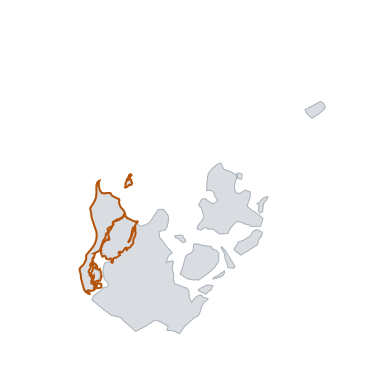 Nordjylland on a map of Denmark (Natural Earth projection), rotated 304°
{"feature_id": "DNK-3418", "entity_name": "Nordjylland", "entity_type": "Region", "adm_level": 1, "iso_a3": "DNK", "parent_name": "Denmark", "parent_adm1": "", "projection": "natural_earth1", "projection_center": [9.42, 57.153], "detail": "fine", "context": "in_parent", "style": "outline", "palette": "amber", "viewbox_px": 384, "rotation_deg": 304, "n_neighbors": 0, "source": "natural_earth", "source_scale": "10m", "svg_char_len": 8929}
<svg xmlns="http://www.w3.org/2000/svg" viewBox="0 0 384 384"><g transform="rotate(304 192 192)"><path d="M112.4,265.1L111.8,265.1L109.1,264.6L107.2,263.5L102.2,264.3L95.6,266.2L92.0,266.1L89.0,264.1L77.1,261.3L75.2,261.0L67.4,260.9L67.0,256.4L66.0,253.2L63.3,248.4L67.4,247.3L66.6,237.9L65.2,233.1L53.8,228.1L44.9,223.3L47.1,207.1L48.0,202.7L44.7,194.3L45.1,184.6L46.6,169.3L49.5,168.7L51.5,168.7L59.5,171.5L62.8,171.7L65.1,174.2L67.7,175.2L69.7,172.6L70.5,168.2L76.8,162.4L81.2,160.3L84.2,159.3L87.3,161.6L89.6,164.2L90.2,158.5L92.1,147.6L86.1,145.9L81.2,147.4L76.3,154.3L72.0,162.9L64.9,163.7L59.3,166.2L54.3,163.6L51.0,161.4L51.0,158.1L51.7,156.1L57.7,149.1L65.7,142.3L73.7,142.4L79.5,140.2L83.0,139.9L93.9,140.4L99.5,138.9L104.5,135.8L115.2,122.7L121.3,117.3L133.6,115.4L144.9,109.1L148.0,109.0L142.7,113.7L141.9,115.5L141.3,118.3L145.1,124.3L144.3,128.0L144.6,135.3L141.0,139.0L137.0,147.1L135.3,148.3L134.9,157.7L135.3,159.9L134.8,168.5L139.0,172.0L143.5,173.9L158.3,173.8L159.8,175.4L161.6,178.0L160.4,182.5L158.8,185.9L154.5,188.8L149.0,190.9L145.6,191.0L140.9,187.0L138.7,188.3L136.4,190.4L132.6,201.5L130.8,209.0L129.8,209.7L127.7,208.5L123.9,208.5L119.1,210.2L121.6,211.8L124.2,214.6L123.1,216.0L119.0,217.5L115.3,220.6L113.7,222.9L109.0,225.6L106.1,229.1L107.5,233.4L108.1,237.1L109.4,241.3L108.3,244.6L102.5,249.4L100.3,253.5L105.3,253.5L108.4,254.4L110.2,255.7L112.0,257.4L110.9,259.6L112.4,265.1ZM230.7,213.3L230.9,218.7L229.8,220.3L228.2,221.3L224.1,222.4L220.5,224.0L217.3,226.7L216.1,230.5L218.7,233.3L223.3,234.9L224.6,240.2L220.8,242.9L211.1,245.5L210.2,251.9L210.5,256.9L210.4,260.6L209.7,265.7L201.8,268.0L196.6,260.3L196.5,257.2L195.0,253.6L194.6,250.5L192.8,245.6L185.3,244.3L182.4,244.1L178.3,245.0L177.3,244.6L172.4,237.9L173.1,230.5L170.5,226.8L170.1,225.1L170.2,223.3L168.0,221.7L165.5,220.9L164.2,216.8L167.1,215.8L174.4,216.2L176.6,216.0L178.5,215.1L184.4,208.3L184.2,206.8L184.8,204.8L191.2,204.1L194.1,206.7L193.5,211.0L194.0,216.4L197.9,217.8L199.4,218.1L201.0,214.1L202.1,212.1L203.6,211.0L204.1,207.4L203.1,205.2L201.2,203.5L208.3,199.0L215.8,195.4L220.1,195.2L224.5,196.1L228.6,197.3L230.8,198.4L232.1,200.0L229.4,204.0L228.7,206.2L230.7,213.3ZM150.2,222.8L152.0,225.6L154.2,231.6L157.6,238.3L156.2,241.1L157.2,244.7L156.3,248.5L149.5,252.8L141.9,253.0L134.0,250.9L122.8,246.9L121.9,244.6L120.3,243.3L117.3,236.4L117.4,227.9L123.0,226.8L135.2,222.7L138.0,223.4L141.0,225.4L144.4,225.6L149.3,222.6L150.2,222.8ZM180.6,261.5L188.1,264.9L193.2,264.7L196.6,266.1L197.5,268.2L197.8,273.0L194.2,274.4L190.2,273.9L184.8,275.8L167.0,268.0L167.2,261.4L167.9,258.9L176.3,258.3L180.6,261.5ZM337.3,254.5L335.8,255.4L328.8,253.9L320.2,250.2L321.3,242.8L323.4,239.7L339.0,247.9L339.3,251.0L337.3,254.5ZM154.3,269.2L152.4,269.5L149.9,265.1L149.5,263.7L152.5,260.9L154.4,257.7L159.3,252.9L162.2,247.2L163.3,247.2L162.0,252.3L155.6,266.5L154.3,269.2ZM125.9,261.8L121.5,262.6L119.3,261.3L115.2,260.8L113.7,252.4L114.1,251.9L116.2,252.5L123.3,256.4L125.8,260.7L125.9,261.8ZM230.6,257.5L229.0,258.3L222.5,257.7L215.3,261.5L212.5,260.3L213.5,257.9L214.3,257.0L216.7,256.0L218.3,254.5L218.9,252.2L220.5,253.5L225.0,254.0L227.2,254.7L229.1,255.8L230.6,257.5ZM148.6,213.5L147.9,214.4L145.2,213.4L144.9,209.9L145.9,206.8L144.7,204.0L146.0,202.2L149.8,206.4L150.8,208.4L149.4,210.7L148.6,213.5ZM166.5,134.8L164.8,136.0L159.1,134.3L161.6,131.8L167.9,130.6L171.5,131.0L167.5,133.5L166.5,134.8ZM143.7,263.9L140.9,264.5L137.7,263.3L132.4,258.9L131.7,257.7L134.5,258.4L137.9,260.8L140.7,261.3L144.6,263.2L143.7,263.9ZM234.9,223.5L231.0,225.8L230.1,225.7L228.8,222.5L230.8,220.6L232.0,219.0L232.9,219.0L234.1,220.8L234.9,223.5Z" fill="#d9dde1" stroke="#a8b0b8" stroke-width="1"/><path d="M95.0,165.9L94.2,164.5L93.7,164.2L92.7,164.1L91.0,164.7L90.6,165.1L89.7,165.5L88.8,165.6L88.5,164.9L88.9,164.2L90.9,163.4L91.3,162.5L91.5,161.8L91.4,161.4L90.4,161.1L90.0,160.9L89.6,160.5L89.3,160.1L89.1,159.8L88.9,159.2L88.7,158.6L88.8,157.9L89.0,157.8L89.9,156.7L90.0,156.4L90.2,156.2L90.2,155.6L90.0,154.9L89.7,154.7L89.3,154.6L88.9,154.4L88.2,153.9L89.0,152.6L89.8,151.5L90.6,150.6L91.9,149.7L92.2,149.6L92.5,149.5L92.9,149.5L93.1,149.3L93.3,148.6L93.5,148.4L99.6,146.9L101.0,147.0L105.8,148.4L105.8,148.8L105.3,149.0L105.3,149.4L105.6,149.7L106.1,149.9L106.7,149.8L107.1,149.6L108.6,147.9L109.3,146.9L110.1,146.2L111.7,145.7L113.1,145.1L115.0,145.5L119.5,145.1L117.0,143.5L115.8,143.2L114.9,142.7L114.5,142.6L114.1,142.7L112.7,144.1L111.9,144.7L111.0,145.0L110.2,144.5L109.5,144.0L108.7,144.2L107.2,145.1L105.6,145.6L102.0,145.6L92.5,148.1L91.7,148.1L90.9,147.9L86.2,145.1L86.5,145.8L86.2,146.2L84.8,146.6L83.8,147.1L83.2,147.3L82.5,147.3L82.8,147.0L82.1,146.6L81.3,146.7L80.6,147.1L79.9,147.7L79.3,147.6L78.4,148.2L77.7,148.9L77.4,149.0L77.0,148.3L76.2,148.0L75.3,148.1L74.6,148.4L75.2,148.9L73.7,149.8L71.6,150.6L70.1,150.3L69.1,150.5L68.2,150.8L67.7,151.2L67.5,152.2L66.9,152.8L66.3,153.3L65.7,153.9L65.5,155.4L65.4,155.5L65.4,156.0L65.2,156.3L64.9,156.5L63.6,157.9L62.6,158.0L62.2,158.1L62.0,158.5L61.7,158.7L61.0,158.9L60.3,159.2L60.0,159.9L60.3,161.7L60.3,162.6L59.7,163.1L59.7,163.4L61.3,163.3L61.7,163.4L62.0,164.1L61.8,164.5L61.2,164.8L60.7,164.9L60.2,164.8L59.2,164.3L58.7,164.1L58.2,164.2L57.4,164.7L56.8,164.9L56.8,165.3L58.8,164.9L59.4,165.0L60.3,165.5L60.7,165.6L63.6,164.7L64.2,164.9L64.3,165.3L64.2,166.3L64.2,166.7L64.8,167.4L65.1,168.0L64.5,168.7L64.1,169.1L63.5,169.3L62.9,169.4L62.6,169.5L62.6,169.8L63.1,170.0L62.3,170.0L61.1,169.2L60.1,168.3L59.6,167.6L59.3,166.8L58.3,166.2L57.2,165.8L56.1,165.6L55.4,165.3L54.5,164.6L53.7,163.8L53.2,163.1L52.7,161.2L52.4,160.9L51.9,160.7L50.7,160.2L50.0,160.1L50.6,162.1L50.8,163.3L50.7,164.0L50.1,164.1L49.8,162.9L49.7,160.5L50.2,158.3L51.1,156.6L58.6,148.0L60.9,146.4L64.3,142.6L65.7,141.7L67.1,141.7L70.6,142.6L72.5,142.6L76.3,142.0L78.0,141.4L79.9,139.9L80.7,139.6L91.1,140.7L94.8,140.4L98.6,139.4L102.1,137.7L105.3,135.3L114.1,123.8L115.7,122.1L118.6,119.9L120.0,118.0L120.5,117.7L121.5,116.7L123.5,116.5L127.3,116.6L131.0,116.2L134.4,115.2L137.3,113.7L142.4,110.1L145.1,108.6L146.2,108.3L147.4,108.2L148.6,108.4L149.6,109.0L147.4,109.6L145.2,111.0L141.9,114.6L140.7,117.8L141.8,120.2L143.9,122.4L145.5,125.0L144.3,127.4L144.4,130.2L145.3,135.6L144.6,136.4L142.4,137.5L141.5,138.4L140.0,140.5L139.3,142.0L138.9,144.3L137.9,146.8L137.4,147.7L137.0,148.1L136.7,148.3L136.2,148.4L134.3,148.4L133.7,148.5L132.9,148.6L129.4,147.0L126.9,145.0L125.1,144.5L123.8,143.5L122.7,143.3L121.9,143.6L120.7,145.0L119.9,145.1L120.7,145.2L121.6,144.4L122.3,144.0L123.0,143.8L123.9,144.0L128.0,147.1L129.4,147.5L131.0,148.6L131.9,148.8L135.2,148.8L136.0,149.2L134.8,150.2L134.6,150.6L134.4,151.3L134.2,152.8L134.0,153.2L134.3,154.0L134.8,156.8L135.0,158.9L135.3,160.1L136.3,162.3L136.7,162.7L137.1,163.0L137.2,163.3L136.6,163.8L136.3,163.8L135.3,163.5L134.8,163.4L132.9,163.4L132.2,163.6L131.5,164.1L130.8,163.6L130.0,163.2L129.1,163.1L128.1,163.4L127.1,163.9L126.7,164.1L126.1,164.1L125.4,164.4L124.2,165.1L122.6,165.5L120.8,166.5L115.0,167.1L115.0,167.5L116.8,167.7L123.1,166.3L124.5,165.7L125.1,165.6L125.2,165.2L125.3,165.0L125.6,164.9L126.0,164.9L126.5,165.2L126.8,165.3L127.2,165.2L127.7,165.0L128.2,164.7L128.3,164.3L128.6,163.6L129.3,163.5L130.6,163.8L130.5,164.0L130.3,164.5L131.1,164.6L129.7,165.7L127.8,166.9L126.4,168.3L123.5,169.5L121.0,169.7L120.0,170.0L118.4,170.7L117.0,171.8L115.3,172.0L114.6,171.9L113.4,171.5L111.6,171.8L109.6,170.1L108.2,170.7L107.4,170.5L107.7,169.3L108.8,168.4L108.0,167.9L103.2,167.8L102.1,166.9L102.3,165.6L101.7,165.1L100.5,165.1L100.2,165.6L100.5,166.3L99.5,167.6L98.0,167.0L95.0,165.9ZM74.2,161.9L73.7,162.4L71.9,163.4L71.7,164.3L68.4,165.0L67.2,165.4L66.8,165.3L65.7,163.5L65.3,163.1L64.2,162.3L63.2,162.0L63.0,161.9L61.7,162.3L61.3,162.2L61.4,161.6L61.6,161.3L61.9,161.1L62.3,160.9L62.7,160.9L62.9,160.6L62.8,160.1L62.7,159.6L62.6,159.4L63.7,158.8L66.7,158.5L67.7,157.5L67.2,157.6L66.7,157.5L66.2,157.4L65.7,157.2L66.0,156.7L66.8,155.9L67.1,155.4L66.9,155.0L66.9,154.1L67.0,153.9L67.3,153.9L67.7,153.9L68.0,153.9L69.2,153.6L71.6,153.3L72.8,152.8L73.7,153.0L74.6,152.3L76.0,150.2L76.9,150.7L77.5,150.1L78.0,149.4L78.5,149.5L78.3,149.9L77.8,150.6L77.7,151.0L77.8,151.2L78.2,152.0L78.3,152.4L78.2,152.5L77.7,154.3L77.3,154.9L77.1,155.2L76.8,155.4L76.8,154.7L76.6,154.3L76.3,154.1L76.0,153.9L75.0,154.5L74.8,154.7L74.7,155.2L74.8,155.6L75.0,155.8L75.1,156.1L75.4,157.9L75.8,158.4L76.5,158.6L76.2,158.9L76.0,159.0L75.7,159.1L75.4,159.0L75.7,159.2L75.9,159.4L75.4,160.0L74.8,161.2L74.2,161.9ZM170.2,130.5L171.3,130.5L171.8,130.6L172.2,130.9L172.5,131.5L172.5,132.1L172.2,132.5L171.2,132.4L170.3,132.2L167.1,132.7L167.8,133.1L168.2,133.9L168.1,134.8L167.1,135.5L166.6,136.2L166.2,136.9L165.6,137.5L164.3,137.7L163.5,137.2L162.4,135.8L160.9,135.6L159.7,135.2L159.0,134.7L158.3,134.1L158.3,133.8L159.7,133.6L161.1,132.7L162.1,132.0L163.8,131.9L164.7,131.7L165.5,131.1L168.5,131.2L170.2,130.5Z" fill="none" stroke="#b45309" stroke-width="2"/></g></svg>